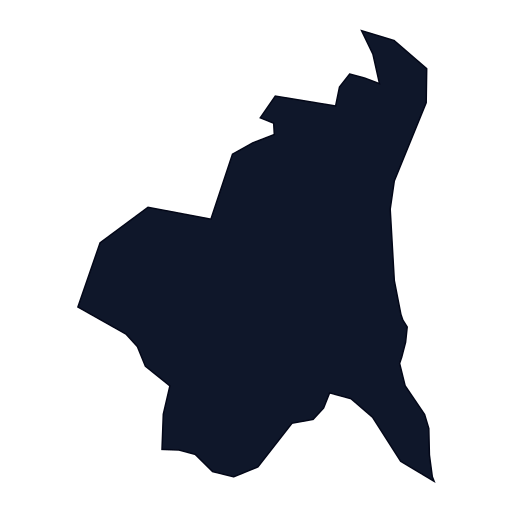 the border of Rezina
{"feature_id": "MDA-1644", "entity_name": "Rezina", "entity_type": "District", "adm_level": 1, "iso_a3": "MDA", "parent_name": "Moldova", "parent_adm1": "", "projection": "mercator", "projection_center": [28.881, 47.706], "detail": "fine", "context": "isolated", "style": "filled", "palette": "ink", "viewbox_px": 512, "rotation_deg": 0, "n_neighbors": 0, "source": "natural_earth", "source_scale": "10m", "svg_char_len": 792}
<svg xmlns="http://www.w3.org/2000/svg" viewBox="0 0 512 512"><path d="M162.0,449.4L163.3,414.2L169.9,385.9L145.4,366.2L137.4,346.6L126.0,334.1L77.9,307.0L100.1,242.8L148.0,207.3L210.9,219.2L232.5,154.2L252.9,142.8L274.3,134.5L273.7,123.2L260.3,117.8L275.3,96.1L335.6,106.0L339.5,87.0L349.7,74.0L364.8,78.1L379.5,83.7L372.9,54.1L361.7,30.9L361.6,30.7L394.3,40.6L394.5,40.9L426.7,68.7L426.2,102.7L394.3,180.9L390.2,209.1L394.3,280.5L400.9,314.4L402.8,320.0L407.2,327.0L405.6,342.2L401.7,357.2L399.6,363.4L405.1,385.7L424.6,414.5L428.8,428.5L429.4,454.9L432.3,476.7L434.1,481.3L400.7,461.3L372.6,417.3L351.0,398.7L329.6,392.9L323.6,408.0L313.1,419.4L292.0,423.2L257.9,466.9L233.7,476.8L212.6,471.6L195.2,454.4L178.9,450.0L162.0,449.4Z" fill="#0f172a" stroke="#020617" stroke-width="1.5"/></svg>